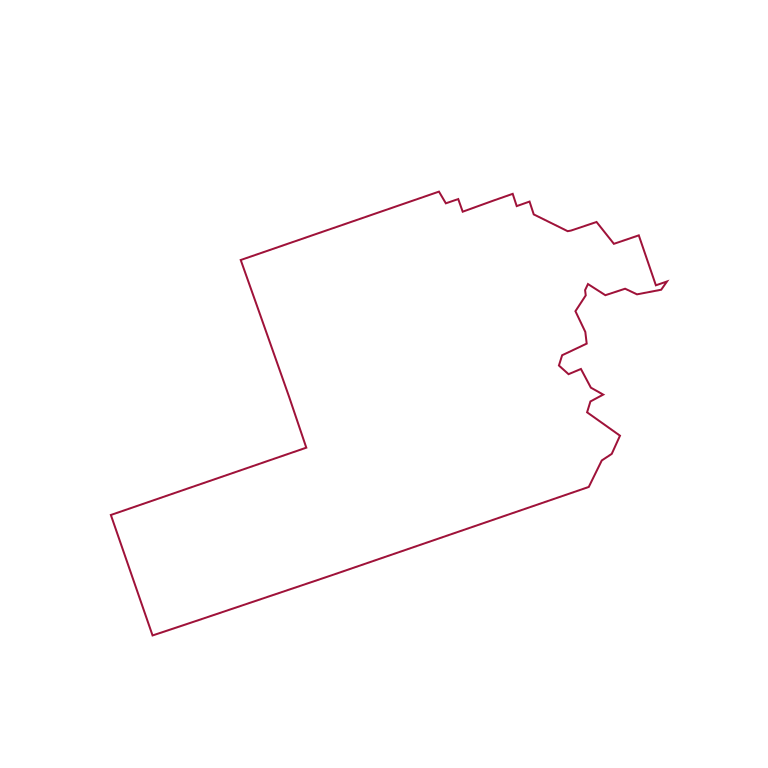 outline of Yamhill, Oregon, United States of America, rotated 341°
{"feature_id": "52423323B33159762923031", "entity_name": "Yamhill", "entity_type": "district", "adm_level": 2, "iso_a3": "USA", "parent_name": "United States of America", "parent_adm1": "Oregon", "projection": "mercator", "projection_center": [-123.102, 45.254], "detail": "fine", "context": "isolated", "style": "outline", "palette": "rose", "viewbox_px": 768, "rotation_deg": 341, "n_neighbors": 0, "source": "geoboundaries", "source_scale": "gbopen_adm2", "svg_char_len": 752}
<svg xmlns="http://www.w3.org/2000/svg" viewBox="0 0 768 768"><g transform="rotate(341 384 384)"><path d="M684.9,379.2L673.2,379.2L673.3,326.4L647.0,326.3L637.7,300.0L610.8,299.8L607.4,299.3L580.8,272.4L581.0,258.9L567.4,259.0L567.6,246.1L547.8,246.2L514.5,246.7L514.4,233.3L501.3,233.3L498.6,220.0L498.0,220.0L288.9,220.1L289.4,274.0L290.1,365.6L289.8,418.9L83.1,418.9L83.3,546.4L121.8,546.8L269.3,547.8L269.9,547.8L544.1,548.0L565.0,527.2L576.6,524.2L590.3,509.7L566.8,476.9L573.5,467.7L587.8,465.4L578.4,454.8L575.1,433.9L561.7,434.8L555.4,423.5L561.8,414.8L588.8,411.8L591.3,400.3L588.7,377.5L603.6,365.9L604.7,360.7L609.4,355.9L622.2,372.1L643.0,372.4L652.4,381.6L676.8,385.1L684.9,379.2Z" fill="none" stroke="#9f1239" stroke-width="2"/></g></svg>